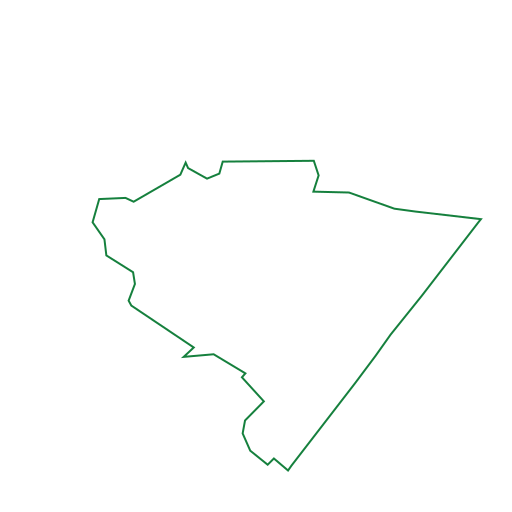 the district of Scott, Tennessee, United States of America, rotated 126°
{"feature_id": "52423323B42225822984570", "entity_name": "Scott", "entity_type": "district", "adm_level": 2, "iso_a3": "USA", "parent_name": "United States of America", "parent_adm1": "Tennessee", "projection": "robinson", "projection_center": [-84.482, 36.383], "detail": "fine", "context": "isolated", "style": "outline", "palette": "green", "viewbox_px": 512, "rotation_deg": 126, "n_neighbors": 0, "source": "geoboundaries", "source_scale": "gbopen_adm2", "svg_char_len": 673}
<svg xmlns="http://www.w3.org/2000/svg" viewBox="0 0 512 512"><g transform="rotate(126 256 256)"><path d="M94.0,95.7L126.3,153.1L136.4,171.9L150.0,218.1L170.2,247.4L154.0,252.7L145.0,265.2L199.2,338.4L210.9,334.1L222.2,341.1L224.8,362.6L221.8,367.8L234.7,365.0L284.0,386.9L285.7,395.7L302.1,416.3L324.8,408.0L331.6,388.4L343.5,377.4L341.4,345.9L349.8,337.5L367.0,332.8L369.4,327.7L366.6,252.6L380.1,255.2L360.4,232.5L357.2,195.6L362.4,196.1L369.0,164.2L395.5,168.2L407.4,162.5L416.9,146.2L418.0,123.9L409.3,122.5L410.7,104.0L404.7,104.1L301.0,101.1L266.5,100.6L240.4,100.9L190.9,98.5L98.2,95.9L94.0,95.7L94.0,95.7Z" fill="none" stroke="#15803d" stroke-width="2"/></g></svg>